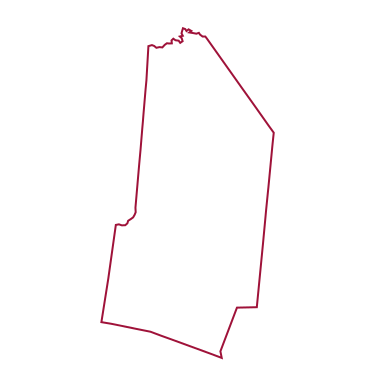 the district of São Luís Gonzaga do Maranhão, Maranhão, Brazil, rotated 96°
{"feature_id": "56859067B14261952678271", "entity_name": "São Luís Gonzaga do Maranhão", "entity_type": "district", "adm_level": 2, "iso_a3": "BRA", "parent_name": "Brazil", "parent_adm1": "Maranhão", "projection": "robinson", "projection_center": [-44.715, -4.38], "detail": "fine", "context": "isolated", "style": "outline", "palette": "rose", "viewbox_px": 384, "rotation_deg": 96, "n_neighbors": 0, "source": "geoboundaries", "source_scale": "gbopen_adm2", "svg_char_len": 1040}
<svg xmlns="http://www.w3.org/2000/svg" viewBox="0 0 384 384"><g transform="rotate(96 192 192)"><path d="M299.8,115.5L235.7,116.0L209.9,116.3L203.1,116.4L182.2,116.5L179.6,116.5L136.0,116.9L133.6,116.9L124.5,116.9L117.9,122.8L100.1,138.4L82.8,153.7L38.0,193.1L36.0,195.0L36.3,197.7L34.6,200.5L33.0,201.8L34.1,204.2L33.8,207.7L33.6,211.3L31.9,209.5L30.6,212.4L32.5,214.3L30.7,215.7L30.1,218.1L33.2,218.7L35.3,219.0L37.6,217.5L38.6,220.3L40.1,218.3L43.0,217.1L44.9,219.3L42.9,221.1L42.8,224.3L41.5,226.6L43.4,228.2L46.3,227.6L46.7,230.3L46.7,232.5L48.5,234.5L51.3,236.6L51.3,239.5L52.3,242.5L50.7,244.9L50.1,247.2L51.5,250.6L85.8,249.0L94.9,248.9L119.3,248.4L127.1,248.2L133.4,248.1L155.3,247.6L170.6,247.4L213.5,246.6L218.0,245.9L220.7,246.7L223.4,247.9L225.3,250.0L227.3,252.5L229.9,253.0L232.0,254.9L232.5,258.3L231.8,261.3L232.7,264.3L287.0,266.2L330.9,268.5L331.5,258.5L334.0,232.7L335.3,218.7L338.2,207.5L340.3,198.9L350.9,156.6L353.9,145.1L347.5,147.1L302.3,135.2L299.8,115.5Z" fill="none" stroke="#9f1239" stroke-width="2"/></g></svg>